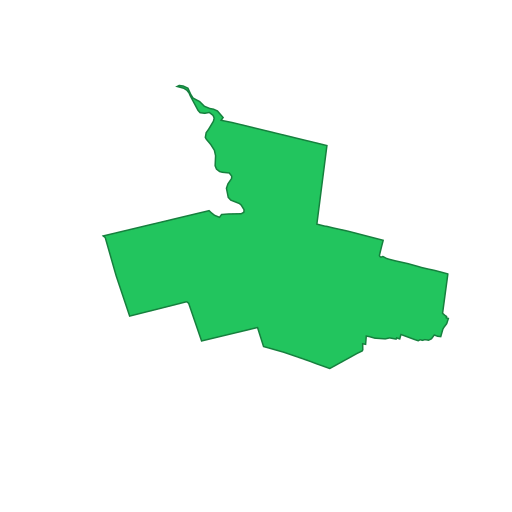 the district of Izvoarele, Teleorman, Romania, rotated 50°
{"feature_id": "2599482B23491153947768", "entity_name": "Izvoarele", "entity_type": "district", "adm_level": 2, "iso_a3": "ROU", "parent_name": "Romania", "parent_adm1": "Teleorman", "projection": "robinson", "projection_center": [25.353, 43.81], "detail": "fine", "context": "isolated", "style": "filled", "palette": "green", "viewbox_px": 512, "rotation_deg": 50, "n_neighbors": 0, "source": "geoboundaries", "source_scale": "gbopen_adm2", "svg_char_len": 1911}
<svg xmlns="http://www.w3.org/2000/svg" viewBox="0 0 512 512"><g transform="rotate(50 256 256)"><path d="M220.8,391.4L221.2,390.6L246.3,338.8L247.2,338.3L249.0,338.0L286.1,352.3L311.5,301.3L311.8,300.8L330.2,308.4L347.4,296.7L356.0,291.5L370.9,282.6L377.7,278.8L389.6,271.8L395.6,241.2L397.0,235.7L396.5,234.5L391.8,230.7L394.1,228.8L388.2,223.0L390.6,221.0L395.3,217.8L402.6,210.2L404.6,206.3L409.7,202.1L409.1,200.9L411.9,199.2L409.3,195.4L421.6,188.4L425.2,186.2L425.6,184.1L427.6,182.7L428.5,180.6L430.1,179.0L431.4,178.0L432.2,174.8L431.1,170.2L434.2,168.5L436.5,166.3L432.1,159.8L431.4,157.8L431.3,157.3L430.4,153.4L427.5,148.8L425.6,150.0L424.8,148.9L422.8,149.5L419.8,149.9L393.3,120.8L393.0,120.6L387.4,124.5L381.9,128.4L378.8,130.8L376.8,132.4L371.2,136.6L368.3,138.5L359.4,144.6L349.1,152.5L343.8,156.3L341.4,157.8L340.0,158.3L338.2,159.0L337.8,159.3L337.6,160.0L337.4,160.7L337.0,161.2L336.1,161.4L335.7,161.4L335.3,161.3L334.9,161.1L333.4,159.1L329.0,153.1L325.9,148.7L325.7,148.5L306.2,162.4L296.1,169.6L284.3,178.7L278.8,182.7L277.5,184.0L270.7,188.9L217.0,130.7L138.4,188.5L129.6,195.5L129.3,194.4L128.8,192.2L120.1,192.3L116.2,194.2L113.3,196.6L108.1,199.3L101.4,199.9L98.6,201.1L94.5,202.7L90.2,202.1L83.7,200.3L79.0,202.5L76.0,205.2L75.5,207.4L81.1,203.5L84.5,202.4L88.1,202.5L91.1,203.4L107.2,206.8L110.3,206.7L113.7,203.6L116.0,199.5L120.7,198.5L123.5,199.4L125.4,202.0L127.9,209.2L128.5,211.0L129.5,214.9L132.6,218.6L134.7,219.0L141.5,219.0L148.2,219.9L153.2,222.5L160.6,229.3L164.0,230.4L167.9,229.6L170.3,227.9L175.2,223.1L179.3,223.3L181.0,225.0L182.7,231.1L185.1,235.1L193.3,239.6L197.0,239.4L205.1,235.0L207.4,234.6L212.9,235.4L214.7,237.2L214.1,240.2L206.1,250.1L202.1,255.7L202.9,259.1L198.2,261.6L193.9,262.5L191.1,262.8L142.4,360.2L142.5,360.2L143.0,360.1L144.3,359.7L145.1,359.7L178.0,374.4L181.4,375.9L220.8,391.4Z" fill="#22c55e" stroke="#15803d" stroke-width="1.5"/></g></svg>